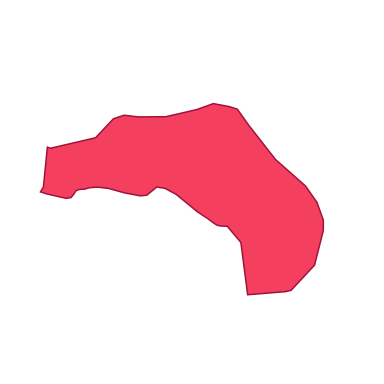 outline of Ravne na Koroškem, rotated 308°
{"feature_id": "SVN-217", "entity_name": "Ravne na Koroškem", "entity_type": "Municipality", "adm_level": 1, "iso_a3": "SVN", "parent_name": "Slovenia", "parent_adm1": "", "projection": "mercator", "projection_center": [14.947, 46.552], "detail": "fine", "context": "isolated", "style": "filled", "palette": "rose", "viewbox_px": 384, "rotation_deg": 308, "n_neighbors": 0, "source": "natural_earth", "source_scale": "10m", "svg_char_len": 722}
<svg xmlns="http://www.w3.org/2000/svg" viewBox="0 0 384 384"><g transform="rotate(308 192 192)"><path d="M98.8,72.5L104.5,71.8L138.3,50.4L139.3,53.5L175.4,82.6L201.4,85.0L210.8,91.3L218.0,103.3L235.1,124.9L259.9,145.0L274.8,154.4L282.3,168.9L285.2,176.7L279.4,196.1L269.0,238.0L266.6,277.8L260.8,296.8L250.7,312.8L242.5,319.2L209.8,333.6L175.4,330.6L171.0,327.0L145.3,299.1L182.3,261.6L186.7,240.9L183.3,236.2L181.4,232.7L180.9,228.9L180.7,220.7L179.7,208.5L180.4,181.0L178.2,168.4L174.2,161.2L161.7,158.4L157.1,153.6L149.6,139.0L143.4,124.0L137.8,114.8L132.3,108.6L128.0,105.5L124.9,101.9L121.7,99.8L117.9,100.2L113.1,100.1L109.5,96.7L101.0,78.6L98.8,72.5Z" fill="#f43f5e" stroke="#9f1239" stroke-width="1.5"/></g></svg>